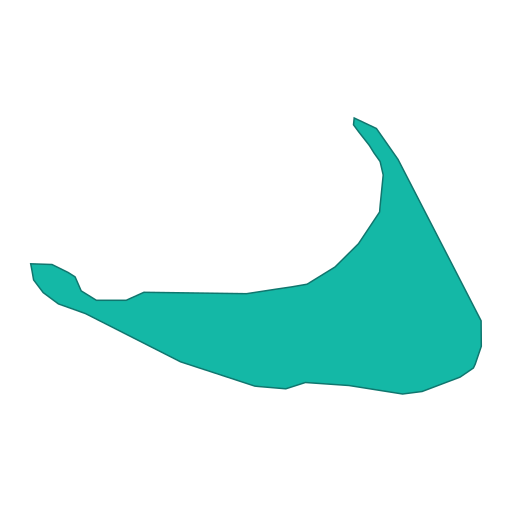 the district of Nantucket, Massachusetts, United States of America
{"feature_id": "52423323B47905601981877", "entity_name": "Nantucket", "entity_type": "district", "adm_level": 2, "iso_a3": "USA", "parent_name": "United States of America", "parent_adm1": "Massachusetts", "projection": "natural_earth1", "projection_center": [-70.11, 41.315], "detail": "fine", "context": "isolated", "style": "filled", "palette": "teal", "viewbox_px": 512, "rotation_deg": 0, "n_neighbors": 0, "source": "geoboundaries", "source_scale": "gbopen_adm2", "svg_char_len": 707}
<svg xmlns="http://www.w3.org/2000/svg" viewBox="0 0 512 512"><path d="M30.7,263.8L31.9,270.1L33.6,279.9L43.2,292.6L58.4,303.9L85.5,313.6L180.5,361.8L254.8,386.1L258.5,386.5L285.8,388.8L305.4,382.5L348.9,385.5L402.6,394.0L422.1,391.5L460.1,377.1L473.4,368.0L475.2,364.2L481.3,346.3L481.1,320.8L459.0,277.8L398.0,159.4L376.4,128.5L354.2,118.0L353.5,124.8L356.3,128.6L359.2,132.5L369.4,145.5L374.1,153.1L380.1,161.5L383.2,175.0L380.2,205.1L379.6,212.0L358.5,243.7L335.0,267.0L307.1,284.2L292.7,286.7L292.2,286.8L276.5,289.1L246.5,293.7L143.9,292.3L131.2,298.0L126.2,300.3L96.4,300.3L81.4,291.0L81.2,290.9L75.1,276.9L68.2,272.5L52.0,264.5L30.7,263.8Z" fill="#14b8a6" stroke="#0f766e" stroke-width="1.5"/></svg>